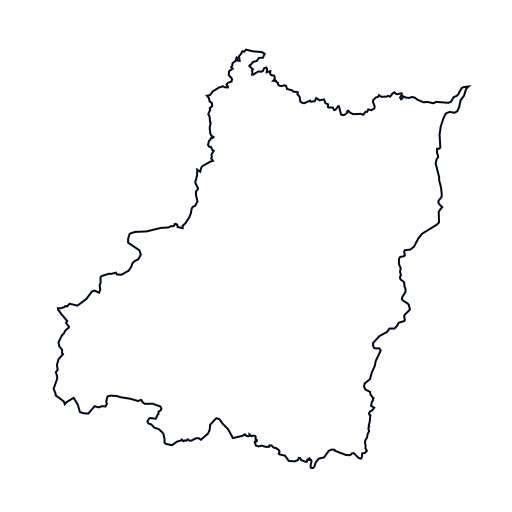 Miarinarivo, Itasy, Madagascar, rotated 97°
{"feature_id": "10022922B79563685419763", "entity_name": "Miarinarivo", "entity_type": "district", "adm_level": 2, "iso_a3": "MDG", "parent_name": "Madagascar", "parent_adm1": "Itasy", "projection": "mercator", "projection_center": [46.919, -18.928], "detail": "fine", "context": "isolated", "style": "outline", "palette": "ink", "viewbox_px": 512, "rotation_deg": 97, "n_neighbors": 0, "source": "geoboundaries", "source_scale": "gbopen_adm2", "svg_char_len": 5977}
<svg xmlns="http://www.w3.org/2000/svg" viewBox="0 0 512 512"><g transform="rotate(97 256 256)"><path d="M395.8,440.5L399.6,438.7L402.1,438.4L412.4,440.7L417.0,438.2L418.7,437.9L423.8,429.0L426.4,427.8L424.0,426.1L419.0,419.7L425.4,414.7L432.3,411.8L433.1,408.3L432.9,403.3L424.8,397.9L425.4,393.5L423.8,390.5L423.7,387.0L420.8,386.0L418.5,387.0L413.9,386.3L413.2,385.9L412.2,382.6L412.0,376.8L412.7,373.2L413.0,363.5L414.3,355.3L412.9,352.9L413.1,352.0L414.7,351.0L416.3,348.4L415.2,340.7L417.0,332.6L419.0,331.3L420.6,331.7L422.6,333.8L424.8,333.6L425.8,334.4L429.8,335.7L429.7,341.2L430.4,342.2L433.5,343.7L435.3,342.3L436.0,339.3L438.7,336.2L439.8,331.2L442.5,327.5L443.9,326.2L448.9,324.4L452.2,324.1L453.5,322.6L454.0,316.3L449.9,311.8L448.2,307.9L447.2,307.3L448.7,305.5L447.6,303.9L447.9,302.6L446.3,301.4L447.4,299.7L447.1,297.6L444.2,293.3L443.9,290.3L445.1,288.3L438.0,281.9L434.2,280.8L429.0,280.9L422.5,276.2L421.8,275.1L422.6,272.2L426.6,268.6L431.2,262.7L439.5,256.7L436.1,247.4L434.3,245.5L434.5,244.9L435.3,244.7L436.0,241.9L435.4,240.6L433.8,240.8L435.4,238.5L434.6,236.8L434.7,235.1L435.2,234.4L437.8,234.1L438.7,232.6L440.0,232.8L440.0,234.2L440.9,234.6L444.2,233.0L444.7,230.3L443.5,227.2L444.3,222.6L443.7,219.7L442.3,219.6L442.2,217.4L444.0,215.2L444.2,212.8L445.8,209.7L447.6,208.7L449.2,209.4L450.0,208.8L450.7,202.8L455.4,198.5L455.1,192.4L453.3,189.4L451.2,189.0L451.2,187.5L453.0,186.4L454.2,181.8L454.0,180.5L452.0,180.3L451.9,178.4L450.9,179.1L450.2,178.4L452.5,175.9L457.6,176.3L459.4,175.8L459.6,174.8L459.4,173.4L457.9,172.4L453.4,171.5L449.5,169.0L447.6,163.9L440.6,160.1L439.0,157.6L438.7,154.5L439.7,153.9L442.5,142.6L442.4,139.2L441.9,138.0L440.1,136.5L439.7,135.0L444.1,129.3L444.3,127.0L443.0,126.4L439.0,126.6L438.2,123.9L435.8,122.2L433.6,123.9L430.3,124.2L428.3,125.1L425.4,125.0L422.8,123.7L418.6,123.4L416.4,122.4L413.2,123.5L411.4,122.9L410.6,123.5L406.7,122.9L400.1,123.1L399.5,124.3L398.3,124.7L396.3,123.8L395.2,122.0L392.2,120.2L390.6,123.6L386.7,123.2L384.9,122.2L383.0,122.7L382.7,122.2L379.7,125.4L376.9,126.3L375.2,131.2L372.5,132.9L369.2,132.6L364.5,127.9L357.6,126.9L350.5,124.7L345.7,124.4L334.6,120.7L332.6,122.4L333.2,126.3L332.9,127.5L331.0,128.8L328.1,129.2L320.6,123.9L315.5,116.8L311.7,114.6L311.2,109.8L308.0,107.4L304.8,106.2L302.5,101.0L301.3,100.4L298.3,101.5L296.5,101.4L290.4,96.7L285.8,98.4L284.6,99.8L282.5,104.4L281.1,106.0L279.0,105.8L273.6,103.3L270.8,103.5L268.4,104.8L263.9,105.8L261.7,109.6L260.8,110.2L259.4,110.5L257.3,109.8L254.1,111.1L250.4,110.9L246.5,113.2L241.3,113.7L239.4,112.8L238.1,108.9L237.2,108.3L233.9,109.5L232.2,109.1L230.8,103.6L227.5,100.3L218.7,97.0L213.6,93.8L203.0,80.5L200.3,78.4L190.3,80.0L187.9,79.2L184.8,77.1L182.5,80.2L180.6,81.6L178.8,81.5L174.7,79.0L172.3,79.1L165.5,80.7L158.6,83.4L155.6,83.8L142.1,89.0L138.4,88.6L135.2,87.2L131.5,88.9L127.5,89.4L127.1,87.0L125.7,86.3L113.2,88.6L104.8,88.4L96.8,86.8L92.3,85.4L91.0,84.3L89.4,81.3L89.6,76.3L87.7,73.8L83.2,72.5L76.4,71.9L71.6,69.1L64.4,67.8L61.8,65.7L63.1,70.6L64.2,72.3L71.1,75.1L72.7,76.4L74.3,79.2L79.0,81.2L80.5,83.6L81.1,95.9L82.8,98.6L82.2,104.2L83.0,108.5L81.2,114.8L79.5,117.6L79.1,120.7L80.2,122.4L80.6,126.0L79.6,129.3L81.9,130.1L82.8,131.1L81.3,132.3L78.0,130.9L76.7,131.4L78.3,135.6L78.0,137.0L76.7,138.6L78.2,140.4L81.5,142.3L80.9,144.4L81.9,145.8L82.7,151.1L81.3,153.5L83.1,154.1L84.2,156.6L87.3,158.8L89.0,158.6L92.9,156.5L95.1,156.5L97.2,159.2L96.8,162.4L99.3,163.2L99.5,164.8L102.8,166.9L102.1,169.0L103.4,176.9L102.3,179.9L100.5,182.4L101.1,183.1L102.5,182.8L104.5,184.7L105.3,185.7L105.5,187.6L105.3,188.8L97.3,191.9L97.1,192.6L101.2,194.9L101.7,196.2L99.2,198.0L99.8,202.2L99.2,202.9L96.7,202.9L95.9,205.7L92.3,207.6L93.7,211.8L91.9,215.5L95.2,216.6L96.2,220.4L95.2,221.2L98.5,226.8L98.4,228.6L97.3,230.8L92.5,232.2L90.3,234.7L88.5,234.3L88.2,234.9L88.3,239.2L87.1,240.6L86.5,245.5L83.4,247.0L83.1,248.8L84.3,251.1L84.2,253.3L83.1,255.0L81.5,255.3L80.7,257.0L79.8,257.4L80.0,260.3L77.9,258.8L75.3,259.6L74.7,260.3L74.6,263.1L72.9,264.4L70.8,264.3L72.3,267.8L69.0,267.8L67.7,268.8L68.5,270.7L71.6,271.8L72.5,273.3L72.5,276.1L76.5,281.1L76.5,282.0L74.1,281.9L72.5,282.6L71.1,281.8L68.5,285.6L67.7,285.7L66.8,284.5L63.7,282.6L62.3,279.0L59.0,277.2L58.4,273.4L54.3,272.0L52.9,275.1L53.2,284.4L52.4,290.9L54.8,293.0L54.4,294.2L54.8,294.8L56.7,295.2L59.7,297.2L64.3,296.0L64.3,298.7L61.4,298.9L61.2,299.4L64.8,300.1L67.6,302.8L69.9,302.8L71.5,303.6L72.9,301.9L75.8,305.2L79.9,305.1L82.3,302.0L83.9,301.3L85.8,301.6L87.5,304.9L89.2,306.2L91.6,304.3L92.2,304.5L92.3,307.7L91.5,309.7L92.7,311.3L92.9,312.8L97.9,319.0L101.9,321.3L102.9,324.2L104.8,322.2L108.4,320.7L109.3,318.7L111.4,317.9L112.8,317.9L114.8,319.9L116.6,319.3L121.0,320.7L123.4,319.0L128.5,318.0L129.4,317.2L134.4,317.6L139.7,316.4L142.0,315.0L143.1,312.7L144.2,313.5L144.6,315.2L146.4,315.5L147.2,316.6L151.6,317.2L153.3,315.7L153.2,314.0L156.0,312.3L156.7,310.8L160.8,312.6L162.9,311.9L164.5,312.4L166.8,310.3L168.0,313.0L173.3,320.1L174.7,321.0L179.2,321.7L177.4,324.9L183.2,324.3L190.5,325.3L195.9,321.8L196.6,321.7L199.3,323.4L202.4,323.1L208.9,320.8L213.6,322.5L214.8,324.6L216.7,325.6L221.7,325.9L225.6,326.9L231.6,329.7L235.1,332.5L237.3,332.2L236.8,337.3L234.4,338.1L233.8,340.0L234.1,340.6L235.8,340.8L236.5,341.8L236.7,343.7L238.3,346.4L239.8,354.1L244.9,367.5L246.9,379.2L249.0,383.6L249.8,384.2L254.3,385.0L258.3,384.6L264.6,372.4L268.7,370.5L273.6,372.4L276.0,376.0L278.4,377.8L281.9,378.5L286.0,380.5L291.0,387.2L291.3,391.7L289.6,393.1L291.4,397.5L291.5,399.7L294.8,407.0L296.2,407.7L301.5,407.0L304.2,407.6L308.6,406.5L311.6,407.3L310.0,411.8L311.2,414.5L319.4,419.2L327.0,427.2L326.1,435.2L329.1,437.3L328.9,439.2L330.0,439.9L331.7,443.5L331.9,446.3L333.2,446.0L337.7,441.8L343.6,435.4L345.6,436.4L348.9,433.0L349.9,433.1L353.2,436.1L356.7,437.5L358.3,438.9L365.6,441.5L369.5,440.3L372.9,436.9L375.8,436.8L377.0,435.6L382.4,439.4L388.3,440.3L393.0,439.0L395.8,440.5Z" fill="none" stroke="#020617" stroke-width="2"/></g></svg>